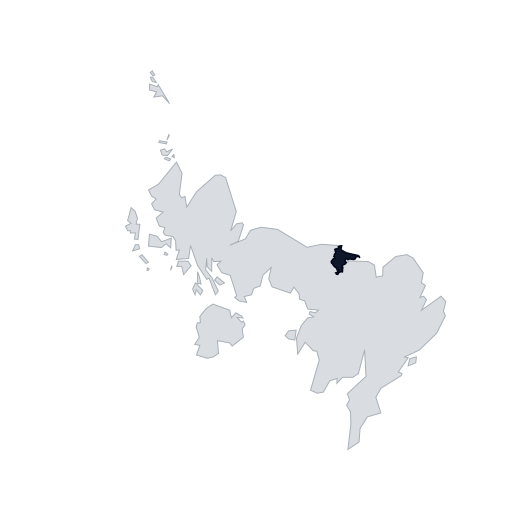 where East Riding of Yorkshire sits in United Kingdom, rotated 316°
{"feature_id": "GBR-2124", "entity_name": "East Riding of Yorkshire", "entity_type": "Unitary Authority", "adm_level": 1, "iso_a3": "GBR", "parent_name": "United Kingdom", "parent_adm1": "", "projection": "orthographic", "projection_center": [-0.492, 53.866], "detail": "fine", "context": "in_parent", "style": "filled", "palette": "ink", "viewbox_px": 512, "rotation_deg": 316, "n_neighbors": 0, "source": "natural_earth", "source_scale": "10m", "svg_char_len": 5096}
<svg xmlns="http://www.w3.org/2000/svg" viewBox="0 0 512 512"><g transform="rotate(316 256 256)"><path d="M269.0,398.9L248.0,411.7L241.5,410.6L234.0,403.4L225.7,403.8L229.3,400.5L222.4,397.0L209.9,400.7L204.8,397.3L202.0,390.4L229.2,374.8L233.6,366.7L231.4,364.0L231.5,352.2L217.8,355.6L228.1,343.2L240.0,337.5L250.1,336.4L255.3,339.9L253.9,334.7L256.2,333.5L259.4,338.3L263.3,338.3L256.4,330.2L259.9,321.9L257.3,317.5L260.7,313.1L261.7,304.8L254.9,306.5L246.1,289.3L249.3,281.3L259.0,274.8L247.6,274.6L238.3,280.5L231.9,277.7L225.9,280.8L219.4,277.0L217.0,282.9L212.4,276.1L211.9,271.1L214.5,271.2L224.0,252.0L219.8,244.1L221.8,235.3L227.1,235.3L221.7,230.6L222.9,226.6L213.4,236.3L213.6,229.5L218.9,223.4L210.1,231.1L209.3,240.7L204.6,255.0L199.9,255.7L206.9,239.2L204.3,238.6L207.5,222.0L216.2,203.0L205.8,211.0L196.2,203.1L205.1,198.5L202.5,196.4L208.7,189.2L209.7,184.2L205.3,178.3L205.4,174.8L210.2,172.2L207.2,167.3L210.6,159.3L219.8,159.9L215.1,152.3L217.1,146.0L223.8,145.5L222.5,140.7L224.5,133.8L236.0,136.6L264.0,133.2L260.3,145.1L243.8,158.3L242.7,162.4L246.3,163.8L240.1,172.8L257.6,168.5L282.7,169.6L286.9,173.1L288.6,178.5L272.7,210.3L255.2,220.3L264.3,219.3L269.1,222.5L268.6,225.0L253.5,233.1L244.5,230.1L260.2,236.3L269.9,233.7L279.6,238.8L290.0,251.8L298.8,285.3L311.3,293.1L324.5,307.9L321.8,311.7L329.2,327.5L320.4,322.7L311.5,323.2L319.8,324.4L332.9,338.0L334.9,344.8L327.8,354.7L333.3,358.3L339.7,352.2L356.3,353.5L365.4,359.8L367.6,366.5L364.6,384.3L356.2,390.2L357.4,395.0L345.0,399.7L348.5,401.2L348.4,405.8L337.3,410.0L361.2,413.5L360.9,420.5L352.5,425.9L350.6,430.6L332.3,437.1L308.2,437.1L292.8,431.9L294.8,434.9L277.8,438.3L279.4,442.0L277.5,443.0L254.1,437.9L244.1,440.8L236.8,455.6L224.4,449.1L211.1,452.3L200.9,461.4L187.8,459.0L207.6,442.7L215.7,433.8L217.6,426.2L223.2,424.6L226.1,418.5L251.5,419.0L269.0,398.9ZM190.5,305.7L176.3,304.2L176.7,300.2L169.5,290.1L161.4,300.0L155.1,298.9L149.8,295.6L144.4,285.8L153.6,281.3L150.5,277.0L158.8,275.1L163.6,265.5L167.3,263.4L169.7,265.3L173.6,260.5L184.1,259.2L191.6,260.7L199.4,276.7L195.4,283.3L202.0,282.9L204.0,289.3L203.6,291.6L199.7,287.1L199.6,293.6L201.7,294.2L200.4,297.9L195.3,298.9L190.5,305.7ZM200.1,139.9L197.0,146.4L192.0,149.7L194.4,152.6L182.6,162.1L180.3,159.4L185.3,155.6L181.5,152.2L183.2,150.5L181.2,148.6L182.9,143.9L188.9,145.7L188.3,141.3L199.8,134.5L200.1,139.9ZM198.5,172.9L198.0,180.2L207.5,184.3L200.3,190.8L199.8,184.7L193.8,184.2L185.5,174.2L194.6,166.3L198.5,172.9ZM298.8,58.3L302.6,65.7L304.7,64.7L299.7,86.3L300.0,75.8L292.9,70.7L298.5,68.9L294.8,62.6L298.8,58.3ZM202.6,218.0L191.0,219.1L195.4,211.8L191.8,208.5L196.6,205.9L203.4,212.4L202.6,218.0ZM227.6,332.6L233.4,337.2L225.6,343.4L221.8,338.3L221.7,333.5L227.6,332.6ZM193.8,233.3L193.8,243.9L189.0,245.4L189.6,238.8L185.2,241.6L187.5,235.7L193.8,233.3ZM264.7,115.4L264.1,119.0L270.2,121.1L262.1,122.2L258.6,118.2L260.8,113.5L264.7,115.4ZM214.6,253.4L209.7,251.8L209.4,244.6L213.5,244.0L214.6,253.4ZM301.3,440.0L296.7,443.8L289.1,440.7L295.3,436.7L301.3,440.0ZM196.9,238.0L194.9,234.8L203.0,226.8L201.2,231.0L196.9,238.0ZM177.3,164.2L179.4,166.5L177.2,169.9L170.7,166.6L177.3,164.2ZM174.2,185.8L171.6,184.9L171.9,175.3L174.9,175.9L174.2,185.8ZM304.9,62.0L302.6,58.6L304.0,54.1L305.9,55.4L304.9,62.0ZM271.2,112.2L269.4,113.1L265.0,106.8L266.5,105.9L271.2,112.2ZM262.0,127.0L259.7,127.4L257.6,122.4L260.0,122.6L262.0,127.0ZM310.0,50.6L309.0,55.5L307.2,55.0L307.3,50.7L310.0,50.6ZM277.2,109.2L272.5,110.6L277.6,108.2L277.2,109.2ZM193.9,193.4L192.5,193.7L190.9,191.1L193.3,190.0L193.9,193.4ZM267.4,125.9L265.7,128.6L264.6,126.0L267.4,125.9ZM187.5,205.9L184.5,206.9L188.6,204.5L187.5,205.9ZM170.2,191.2L168.3,191.5L167.6,190.7L169.6,189.1L170.2,191.2Z" fill="#d9dde1" stroke="#a8b0b8" stroke-width="1"/><path d="M321.9,306.6L323.9,307.4L324.7,308.2L322.7,309.3L322.0,310.1L321.5,311.6L322.0,312.7L322.6,315.2L323.0,316.4L325.5,320.2L329.6,326.2L330.0,327.5L329.7,328.8L329.1,329.3L329.6,328.1L329.7,327.5L329.3,327.2L328.8,327.0L327.8,326.3L327.3,326.1L326.9,326.2L326.0,326.8L325.5,326.9L325.0,326.9L324.4,326.7L324.0,326.5L323.6,326.1L321.4,323.3L320.6,322.7L319.8,322.6L319.8,322.4L319.7,322.1L319.5,321.6L319.2,321.1L318.7,320.7L318.3,320.6L317.7,320.7L317.2,320.9L316.8,321.2L316.4,322.2L316.3,323.1L316.3,323.5L314.9,323.5L314.1,323.7L313.4,323.1L312.0,322.8L311.5,323.0L310.0,324.1L310.4,324.2L310.6,324.4L310.6,324.5L310.0,325.0L309.0,325.7L308.1,326.6L307.3,327.4L306.9,327.4L306.8,327.2L306.9,326.7L305.0,325.7L303.8,325.6L302.0,326.0L301.2,325.0L301.5,324.3L301.6,323.5L303.2,324.2L304.1,324.0L305.0,323.3L305.4,323.2L304.7,322.6L304.6,322.4L305.2,321.4L305.3,320.6L305.6,319.9L305.1,318.8L305.1,317.6L305.1,316.7L305.6,314.7L305.4,313.7L305.7,313.0L306.3,312.2L309.8,311.7L310.6,312.2L311.3,312.2L311.4,311.6L311.9,311.3L312.0,310.7L311.8,310.4L312.8,309.9L313.5,309.3L314.0,309.2L314.8,309.3L316.3,308.4L316.4,308.1L316.3,307.8L316.9,307.2L317.0,306.3L317.4,306.0L318.0,306.1L318.4,306.8L319.4,306.9L319.8,307.3L321.4,307.4L321.7,307.1L321.9,306.7L321.9,306.6Z" fill="#0f172a" stroke="#020617" stroke-width="1.5"/></g></svg>